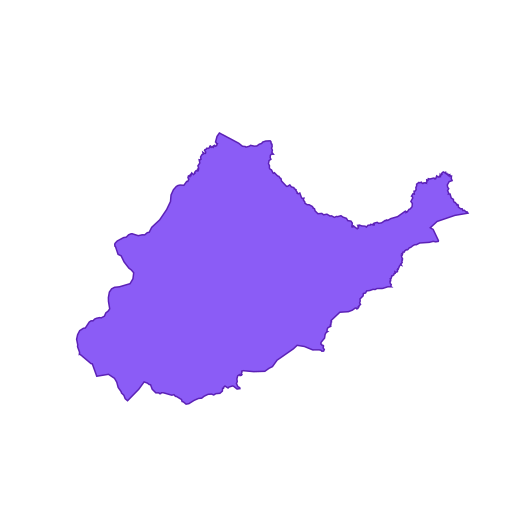 East Mamprusi, Northern, Ghana, rotated 318°
{"feature_id": "2480657B84792930556748", "entity_name": "East Mamprusi", "entity_type": "district", "adm_level": 2, "iso_a3": "GHA", "parent_name": "Ghana", "parent_adm1": "Northern", "projection": "orthographic", "projection_center": [-0.286, 10.453], "detail": "fine", "context": "isolated", "style": "filled", "palette": "violet", "viewbox_px": 512, "rotation_deg": 318, "n_neighbors": 0, "source": "geoboundaries", "source_scale": "gbopen_adm2", "svg_char_len": 6130}
<svg xmlns="http://www.w3.org/2000/svg" viewBox="0 0 512 512"><g transform="rotate(318 256 256)"><path d="M452.2,331.2L453.0,329.0L454.8,327.4L454.1,326.9L454.2,326.2L453.6,326.3L453.9,325.7L453.3,325.4L454.1,325.0L452.9,324.4L453.3,323.6L452.7,323.4L452.4,322.2L452.9,322.1L452.3,321.3L452.9,320.6L451.9,320.2L451.4,318.8L448.9,318.8L448.6,319.8L447.4,319.4L446.8,319.9L447.0,319.0L446.0,319.9L445.5,319.4L444.8,319.8L444.2,319.2L443.9,317.4L441.1,318.8L440.4,318.2L440.6,317.5L440.1,316.9L436.7,315.1L435.8,313.8L434.4,314.8L433.8,313.7L432.5,315.4L431.2,315.1L431.1,315.7L429.9,314.0L428.7,313.9L428.2,313.3L428.3,311.8L426.6,311.1L426.3,310.3L423.4,310.1L422.4,311.3L420.6,312.1L419.4,313.8L417.6,314.2L416.8,313.6L415.1,315.9L414.3,314.8L411.6,315.6L411.9,316.6L411.3,317.8L407.6,319.1L407.3,321.6L405.0,323.8L402.0,324.2L400.9,323.7L398.0,324.4L396.7,324.1L397.3,323.5L397.0,322.6L387.6,321.5L381.2,318.4L377.7,317.7L377.4,316.7L376.1,316.7L375.9,316.0L371.5,315.4L369.0,313.8L368.6,312.1L365.7,310.6L364.8,310.6L365.0,311.6L364.4,312.0L362.4,309.2L361.7,309.5L359.8,308.1L357.4,308.4L357.0,306.8L354.7,304.4L353.6,302.3L352.2,301.4L352.2,302.6L351.2,302.6L350.9,303.6L349.4,303.5L348.6,299.5L347.8,299.3L348.4,298.8L347.0,298.3L349.6,296.0L349.9,293.6L347.9,291.1L348.4,288.5L346.6,285.2L346.1,282.9L343.0,281.4L342.2,280.4L340.1,279.8L339.0,276.7L337.7,275.7L336.7,272.4L333.8,270.6L333.4,268.4L330.3,266.0L330.1,262.0L331.1,260.0L330.5,258.6L330.9,258.1L330.9,256.6L329.8,253.5L328.3,252.0L327.7,249.5L328.4,248.6L328.7,246.0L330.3,245.1L328.9,244.1L328.8,243.2L330.7,238.5L329.0,238.0L328.6,236.7L329.2,236.3L329.6,233.7L330.1,233.5L329.5,231.6L329.9,230.5L328.5,228.3L328.7,225.8L326.0,225.3L325.3,224.7L325.1,217.4L326.4,215.1L326.0,213.9L326.3,212.1L325.6,211.0L325.4,206.4L324.4,206.3L324.2,205.7L325.1,202.4L324.6,201.0L324.8,199.6L326.5,197.8L327.0,195.8L329.6,193.8L331.8,194.1L332.3,192.4L334.0,190.8L335.6,190.6L337.0,191.9L337.2,189.6L339.0,188.3L339.7,186.2L341.1,185.6L342.7,183.6L342.4,182.9L343.6,181.0L343.6,179.9L340.2,177.1L337.2,175.8L335.4,176.1L333.3,175.1L330.2,174.8L328.3,173.3L326.0,170.1L324.6,170.0L321.4,168.4L321.3,167.5L319.4,165.4L318.6,160.6L311.1,140.1L307.1,141.0L302.2,144.2L302.4,145.2L301.8,146.1L302.4,146.7L300.6,147.6L299.3,147.3L299.3,146.0L298.4,145.8L298.2,146.4L296.9,146.6L297.0,145.7L295.8,145.6L295.8,143.7L295.0,143.5L294.5,144.5L292.3,144.0L291.7,143.0L290.5,143.3L289.2,142.8L288.4,143.1L288.2,145.1L287.1,145.9L286.3,145.2L285.9,143.4L285.0,144.9L283.8,144.5L281.1,145.3L279.8,147.3L278.9,147.2L278.2,146.4L276.5,149.3L273.2,150.1L272.1,152.4L270.6,152.4L270.9,153.4L269.7,153.9L268.5,152.5L266.3,152.8L266.0,153.6L264.0,153.6L263.8,151.3L261.8,152.4L262.0,151.6L261.5,151.6L260.0,152.6L259.9,151.5L259.3,151.3L257.8,152.3L257.5,153.9L255.1,154.9L254.4,154.2L249.7,155.2L247.1,152.5L245.2,151.4L243.3,151.0L239.0,151.5L233.7,153.8L228.9,158.3L220.7,161.7L208.6,164.7L197.7,164.9L192.5,166.9L190.8,165.9L187.4,165.8L185.6,164.1L182.1,162.1L178.8,156.5L177.8,155.8L175.5,155.0L172.2,155.2L169.9,153.7L163.0,152.0L160.2,152.2L159.0,152.6L157.7,154.3L157.8,155.1L154.6,162.5L155.9,165.6L154.0,172.1L153.4,180.0L154.0,182.9L153.9,186.6L149.3,190.6L143.9,192.3L133.9,187.5L129.9,184.6L126.7,183.8L122.9,184.7L118.5,188.1L116.0,191.0L111.9,197.4L109.2,198.0L106.3,197.8L103.1,199.3L99.6,198.4L98.5,197.1L95.9,195.6L93.9,194.9L91.5,195.1L90.0,193.8L87.9,193.5L81.0,195.3L79.3,194.2L75.0,193.5L70.8,195.1L67.0,197.8L64.1,202.7L62.7,204.0L60.5,209.4L58.9,210.9L59.4,211.1L61.4,225.6L62.2,226.6L57.2,238.8L67.2,245.2L69.0,252.2L68.1,256.6L65.6,261.5L65.0,266.6L64.4,267.7L64.6,271.1L63.3,274.5L63.7,277.6L79.6,276.6L88.6,274.7L90.3,277.9L90.6,280.0L91.5,281.1L89.7,285.6L90.0,290.7L92.2,292.6L92.2,293.7L93.0,294.5L94.2,294.3L95.6,295.6L100.3,303.1L102.2,304.1L102.2,306.4L102.9,307.1L104.6,312.8L103.7,314.7L104.4,315.8L104.9,319.3L107.3,320.8L113.5,321.9L118.0,323.4L120.5,325.3L123.6,325.5L127.8,326.7L130.6,328.9L131.6,331.0L134.0,331.4L137.3,333.9L140.6,333.9L142.6,332.0L143.3,332.6L144.2,331.9L145.9,331.9L146.9,335.4L148.2,335.3L151.6,336.9L152.2,337.9L152.9,342.2L155.3,343.8L155.8,342.9L155.1,341.0L156.1,337.7L158.0,336.8L159.5,334.6L162.2,332.8L164.3,333.1L164.1,334.2L165.4,334.9L166.3,334.6L166.0,333.8L167.8,332.9L168.3,332.0L169.8,332.7L176.9,340.4L185.4,347.6L190.7,348.2L194.2,349.2L202.0,347.5L221.6,350.0L226.8,349.9L231.4,355.6L235.3,363.7L240.1,368.0L241.2,369.4L241.2,370.8L242.6,371.9L244.2,371.2L244.4,369.2L246.0,368.0L246.1,367.5L245.3,366.6L245.7,365.6L245.3,364.7L246.6,363.7L252.0,362.9L254.9,360.5L257.0,359.8L258.7,360.1L258.3,359.4L260.1,357.9L261.7,357.4L264.2,358.2L264.1,357.6L265.5,357.4L265.6,356.6L266.3,356.6L267.7,355.2L268.1,355.4L268.7,354.2L272.2,354.1L280.7,353.9L287.4,359.2L291.3,360.7L294.9,361.1L295.7,361.9L295.5,362.7L296.3,363.1L297.4,362.9L297.9,362.2L298.6,362.6L299.0,362.0L301.3,361.9L301.6,360.2L303.3,359.2L304.5,357.5L308.9,357.3L310.7,355.7L312.6,356.8L314.9,356.0L317.5,357.8L320.7,359.1L322.1,360.6L324.1,361.1L328.3,364.8L333.4,367.1L335.9,369.4L335.8,368.8L337.4,367.7L337.4,366.3L338.3,364.8L339.3,364.6L339.1,364.2L340.5,363.5L340.5,362.8L341.6,363.0L343.7,361.6L344.3,362.1L345.9,362.2L346.9,361.5L347.8,362.0L348.7,360.8L348.9,361.6L350.3,362.2L351.2,361.9L351.8,360.8L352.8,361.0L353.0,360.4L353.8,360.5L356.0,359.4L357.5,359.2L357.9,360.1L358.2,358.8L360.2,358.7L361.0,357.4L362.3,356.9L362.3,356.3L363.2,355.9L363.4,354.5L364.6,352.7L365.2,353.2L366.2,352.6L366.2,351.9L366.8,352.2L367.9,351.5L368.9,352.3L370.0,351.7L372.0,351.9L372.2,352.5L373.1,352.8L375.6,352.5L376.6,353.1L379.5,353.3L381.5,353.8L382.7,354.9L386.4,355.9L393.9,361.8L397.5,363.7L399.0,365.7L401.2,367.1L401.9,366.6L405.4,354.8L404.4,351.6L413.7,351.5L431.0,358.9L442.2,366.0L442.4,364.4L441.6,363.7L441.4,361.4L440.2,360.7L440.8,358.8L439.7,357.9L439.1,355.1L440.2,353.8L439.6,352.7L440.2,352.6L439.7,351.9L439.9,349.5L439.3,348.9L439.6,347.3L440.6,346.0L439.9,343.5L441.7,339.8L440.4,338.7L441.3,338.2L442.1,335.6L444.3,334.9L444.4,333.2L445.7,331.2L449.3,330.0L452.2,331.2Z" fill="#8b5cf6" stroke="#5b21b6" stroke-width="1.5"/></g></svg>